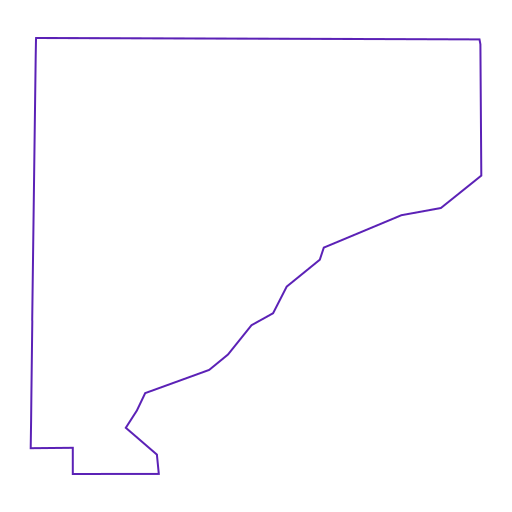 Warren, Indiana, United States of America (Robinson projection)
{"feature_id": "52423323B12538160234117", "entity_name": "Warren", "entity_type": "district", "adm_level": 2, "iso_a3": "USA", "parent_name": "United States of America", "parent_adm1": "Indiana", "projection": "robinson", "projection_center": [-87.371, 40.302], "detail": "fine", "context": "isolated", "style": "outline", "palette": "violet", "viewbox_px": 512, "rotation_deg": 0, "n_neighbors": 0, "source": "geoboundaries", "source_scale": "gbopen_adm2", "svg_char_len": 458}
<svg xmlns="http://www.w3.org/2000/svg" viewBox="0 0 512 512"><path d="M479.5,39.4L36.1,38.0L36.0,39.5L35.7,56.3L32.2,320.2L32.3,321.0L31.4,393.6L31.2,411.9L31.1,420.8L30.7,448.2L72.8,447.8L72.8,474.0L158.8,473.9L156.9,454.6L125.8,427.8L136.9,410.5L145.2,393.1L209.2,369.9L228.0,354.5L251.5,325.2L273.1,313.2L286.7,286.6L319.8,259.7L323.8,247.6L401.4,215.2L440.9,208.0L481.3,175.6L480.4,44.4L479.5,39.4Z" fill="none" stroke="#5b21b6" stroke-width="2"/></svg>